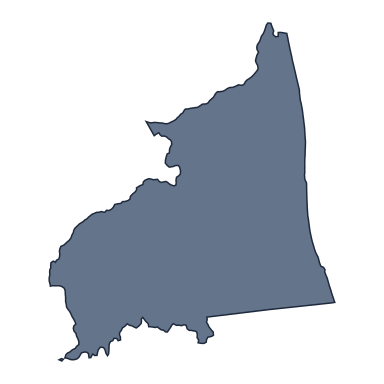 Canavieiras, Bahia, Brazil (Natural Earth projection)
{"feature_id": "56859067B52664621948498", "entity_name": "Canavieiras", "entity_type": "district", "adm_level": 2, "iso_a3": "BRA", "parent_name": "Brazil", "parent_adm1": "Bahia", "projection": "natural_earth1", "projection_center": [-39.146, -15.611], "detail": "fine", "context": "isolated", "style": "filled", "palette": "slate", "viewbox_px": 384, "rotation_deg": 0, "n_neighbors": 0, "source": "geoboundaries", "source_scale": "gbopen_adm2", "svg_char_len": 5014}
<svg xmlns="http://www.w3.org/2000/svg" viewBox="0 0 384 384"><path d="M334.8,302.4L334.0,300.3L333.1,297.4L332.0,294.3L331.1,291.1L330.1,288.0L329.2,285.4L328.5,282.8L327.8,280.3L327.2,278.1L325.9,275.1L324.7,271.9L325.0,269.7L323.5,267.3L320.9,266.3L319.6,263.0L318.1,257.2L316.7,254.6L315.4,251.9L314.3,248.5L313.4,245.3L312.3,241.8L311.3,237.5L310.6,234.2L309.9,230.7L309.2,225.6L308.8,222.6L308.5,219.9L307.8,215.8L307.5,211.3L307.2,206.9L307.1,203.5L306.9,199.1L306.8,196.2L306.7,192.1L306.6,188.2L306.6,184.7L306.4,182.5L304.9,179.7L304.5,175.2L304.8,172.1L304.7,169.5L304.8,167.2L304.7,164.4L304.8,159.0L305.0,156.4L305.1,154.0L305.1,151.4L305.3,148.4L305.4,144.8L305.5,142.0L305.3,139.6L305.1,136.9L304.9,133.5L304.7,130.8L304.6,128.2L304.3,125.5L303.9,122.6L303.6,119.7L303.3,117.5L303.0,115.3L302.6,111.9L302.2,109.0L301.7,106.4L301.2,103.5L300.3,100.3L299.5,93.3L299.4,90.0L298.7,87.1L298.1,84.7L297.5,82.0L296.9,79.6L296.2,76.6L295.3,72.6L294.6,69.7L294.1,67.5L293.5,64.9L292.8,62.1L292.3,60.0L291.6,56.2L290.9,53.2L290.1,49.6L289.5,46.7L288.9,43.9L288.2,40.5L287.9,38.5L287.4,36.4L286.8,33.4L280.8,32.4L278.2,32.5L278.2,36.4L275.8,36.8L274.0,35.6L272.9,33.9L273.7,30.8L272.6,28.2L271.7,25.8L270.9,23.3L267.9,23.0L266.4,24.9L265.8,26.9L264.4,31.2L263.0,34.1L261.4,36.2L260.3,39.7L259.4,41.8L257.5,44.5L256.8,47.0L257.0,49.4L258.5,52.2L256.8,55.5L256.2,57.8L255.5,60.4L256.0,62.4L257.7,65.7L258.1,68.9L256.9,70.9L254.5,73.8L252.7,75.8L251.2,77.2L248.9,78.8L247.0,80.0L245.4,81.7L244.4,83.7L243.1,84.9L241.1,85.3L238.5,84.8L235.5,86.3L232.7,87.4L231.0,87.4L229.1,87.7L227.0,88.8L225.1,90.2L223.1,91.2L219.9,91.7L217.5,91.7L215.6,93.5L213.6,97.1L211.7,98.8L209.6,100.7L208.0,103.0L205.8,104.0L204.0,104.0L202.3,104.2L200.3,105.6L197.8,107.3L195.4,107.6L192.8,108.0L190.6,108.3L188.2,108.9L185.3,109.1L183.9,110.9L182.8,112.9L180.6,114.3L178.9,116.5L177.3,117.7L176.1,119.3L173.5,121.0L171.4,121.9L168.8,123.3L166.6,123.8L164.7,123.6L162.0,123.0L159.4,122.9L157.3,122.6L154.4,122.4L151.1,122.9L148.5,122.4L146.2,121.6L154.2,135.7L156.5,134.0L158.9,132.8L160.2,134.9L161.6,136.1L164.4,136.1L166.6,136.9L168.5,138.8L170.3,139.8L171.6,141.7L171.6,144.7L170.2,147.3L169.5,149.5L169.4,152.9L167.2,153.9L166.2,157.0L165.5,159.8L165.3,163.1L167.2,165.4L169.2,167.1L171.7,166.8L173.5,166.4L175.6,165.5L178.4,165.5L179.5,167.1L180.5,170.5L180.4,173.9L178.9,175.7L176.5,177.3L176.0,180.5L176.2,182.8L175.9,185.0L174.0,185.9L171.0,184.9L168.9,183.6L167.5,182.3L165.8,181.4L163.8,181.9L161.3,182.4L159.3,181.6L157.5,179.3L155.1,179.6L153.3,179.7L150.9,179.0L148.7,178.7L146.9,179.4L145.1,180.2L143.5,181.7L142.8,184.6L139.9,185.7L138.4,186.7L136.5,187.8L136.6,189.9L134.9,192.2L132.7,193.9L130.4,196.4L130.0,199.0L128.5,200.3L126.7,201.0L124.8,201.5L122.6,201.6L120.8,203.4L117.1,203.9L114.7,204.5L113.3,207.3L111.5,209.2L109.1,210.5L106.4,210.3L105.0,212.2L103.2,212.1L101.3,211.5L99.3,212.2L96.4,212.4L94.1,213.5L92.2,214.2L88.9,216.8L86.6,219.1L84.9,219.9L83.5,221.3L81.7,222.5L79.3,224.0L77.5,225.8L75.0,228.1L73.8,230.3L73.3,232.6L72.0,234.9L71.0,237.9L69.1,240.4L66.8,242.3L64.1,244.9L60.9,246.4L59.8,249.0L59.4,251.3L59.8,254.1L59.6,256.4L58.9,258.9L56.4,260.3L55.5,262.3L53.2,261.1L51.0,262.7L50.7,265.4L50.8,267.7L49.8,269.9L49.6,272.1L49.9,274.7L49.2,277.6L49.2,281.0L50.0,283.9L50.4,286.2L52.1,285.7L54.3,285.8L57.0,285.8L59.7,285.8L61.8,286.5L64.2,288.2L65.2,290.8L65.3,294.4L65.6,297.2L65.6,301.5L66.2,304.1L66.6,307.1L67.9,309.2L69.6,311.4L70.8,313.6L72.0,316.4L73.5,318.9L74.8,321.3L75.9,324.0L73.9,325.8L73.3,328.3L74.0,331.1L75.9,333.3L76.6,336.2L77.9,338.8L78.9,341.8L78.8,344.6L76.6,346.4L75.2,348.5L73.3,349.3L71.6,350.4L69.8,352.0L67.6,353.0L65.9,354.7L64.9,357.9L67.3,358.3L70.7,359.6L73.1,359.8L75.5,359.4L77.5,358.6L79.0,357.1L80.0,355.4L81.3,353.0L84.4,352.0L86.7,352.2L88.4,353.5L88.7,355.7L89.1,357.8L90.8,357.6L91.8,355.5L92.9,354.0L94.6,355.5L97.0,355.4L97.6,352.1L98.3,349.8L100.4,347.1L103.5,347.5L105.0,349.7L105.9,353.1L107.5,355.7L108.6,353.9L108.9,350.8L109.0,347.9L109.1,344.6L110.3,341.7L112.9,340.6L114.0,338.3L116.8,338.5L118.1,340.7L120.5,340.0L120.4,336.9L119.5,335.0L119.6,332.7L121.3,330.4L122.4,328.0L125.1,326.1L127.3,323.8L129.6,325.4L131.8,325.7L133.7,326.8L136.2,328.0L138.9,326.0L141.2,323.4L141.5,321.1L141.3,318.9L142.7,317.4L144.0,319.0L145.9,321.5L148.2,323.6L148.7,326.7L150.7,326.8L153.1,327.1L155.4,327.5L157.4,326.9L159.1,328.4L161.2,329.8L163.7,330.3L165.5,331.9L167.4,332.0L169.1,329.5L170.7,327.2L171.6,325.4L173.3,323.7L176.3,325.3L179.0,325.2L181.7,325.7L183.9,324.7L186.1,325.3L187.2,328.9L189.3,330.4L191.5,330.4L193.4,330.9L195.3,331.0L196.8,332.2L197.3,334.9L197.1,337.7L198.7,340.0L198.1,342.8L201.6,343.4L204.0,343.4L206.2,342.2L206.6,339.4L208.1,337.0L209.9,336.8L211.8,336.3L213.5,335.2L213.2,331.9L211.6,330.3L210.3,328.6L208.8,326.7L208.1,324.8L206.5,322.2L207.2,319.7L206.9,317.1L269.7,309.5L271.8,309.3L330.8,303.0L334.8,302.4ZM63.4,359.2L61.4,358.6L59.1,359.8L61.8,361.0L63.4,359.2Z" fill="#64748b" stroke="#1e293b" stroke-width="1.5"/></svg>